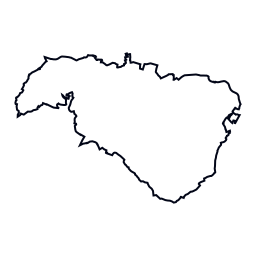 Panet, Mures, Romania, rotated 270°
{"feature_id": "2599482B21044772325491", "entity_name": "Panet", "entity_type": "district", "adm_level": 2, "iso_a3": "ROU", "parent_name": "Romania", "parent_adm1": "Mures", "projection": "mercator", "projection_center": [24.446, 46.561], "detail": "fine", "context": "isolated", "style": "outline", "palette": "ink", "viewbox_px": 256, "rotation_deg": 270, "n_neighbors": 0, "source": "geoboundaries", "source_scale": "gbopen_adm2", "svg_char_len": 5864}
<svg xmlns="http://www.w3.org/2000/svg" viewBox="0 0 256 256"><g transform="rotate(270 128 128)"><path d="M151.8,240.6L153.1,240.0L157.0,238.8L159.5,238.6L160.5,238.3L161.6,237.7L162.6,236.6L164.6,232.5L166.2,230.8L168.5,229.7L171.6,228.7L172.8,227.9L174.5,225.6L174.8,224.7L174.9,223.8L174.4,221.0L174.0,219.5L173.8,218.2L173.8,217.0L174.2,215.4L173.5,215.0L173.6,214.2L174.2,213.8L174.3,213.4L174.1,212.8L174.4,211.8L174.9,210.5L175.7,209.5L177.0,208.8L178.0,208.5L179.3,208.6L179.8,208.1L180.4,206.7L180.5,200.4L180.9,199.1L181.5,196.0L180.7,184.7L180.2,183.6L178.9,181.5L176.3,178.6L177.9,176.6L176.3,174.1L176.5,174.0L176.5,173.6L177.8,173.8L180.9,173.7L180.9,173.0L181.9,172.7L181.7,168.6L181.1,168.1L180.1,166.3L177.6,160.8L179.3,159.9L180.5,158.4L182.4,157.1L183.5,156.1L184.1,155.8L187.4,156.4L190.7,157.4L192.6,150.8L192.6,150.1L191.8,146.9L191.9,144.5L186.5,142.8L187.4,140.0L190.7,140.1L191.7,140.4L193.9,133.2L193.4,131.6L193.3,130.6L195.6,130.3L195.7,130.0L198.8,130.3L201.9,130.1L201.9,129.5L201.2,127.5L202.6,126.9L202.2,125.7L201.3,126.1L200.9,125.9L200.3,126.3L200.2,126.6L199.6,126.8L199.8,127.7L199.3,127.9L198.7,125.1L196.9,125.5L196.4,126.3L196.2,126.3L195.6,124.9L195.3,125.0L194.1,125.8L193.1,125.9L192.6,124.9L192.1,124.9L191.9,124.0L190.6,124.0L190.0,122.1L189.1,120.8L188.8,118.8L188.5,117.9L188.6,117.2L188.8,117.1L191.4,117.5L191.9,116.1L192.8,115.0L192.9,114.4L193.2,112.6L191.5,109.3L190.7,107.1L190.8,106.4L192.4,104.5L193.0,103.5L193.7,102.7L193.7,100.9L194.5,101.0L195.7,102.1L196.2,101.9L196.4,101.2L196.3,99.5L196.5,98.9L196.5,96.6L196.0,96.8L196.0,96.6L198.2,94.9L199.1,96.0L199.9,95.5L200.7,92.8L200.5,92.5L200.2,92.6L200.6,91.4L200.5,89.6L200.9,88.1L199.4,87.2L198.8,86.5L198.6,85.8L198.5,85.1L198.7,84.1L198.0,83.1L196.7,78.7L195.8,77.1L195.6,76.4L198.4,70.9L198.4,70.3L198.8,68.9L199.3,65.0L199.5,62.0L199.1,60.7L197.3,57.9L196.8,56.7L196.6,55.3L196.7,53.4L197.0,51.6L197.0,50.8L199.0,44.7L197.9,45.0L194.7,46.6L194.2,45.6L190.5,42.3L189.2,41.5L187.9,39.4L187.7,40.1L186.9,39.9L186.8,39.4L186.9,39.0L186.8,38.6L184.4,34.1L184.1,33.2L183.8,32.8L183.4,31.9L182.5,31.0L181.9,29.9L180.9,29.4L181.1,29.0L179.2,28.5L177.4,28.5L176.0,27.5L175.2,27.2L173.5,25.9L173.3,25.1L172.5,24.0L172.0,23.6L170.9,24.0L169.4,23.4L167.6,22.4L166.9,21.9L166.5,22.6L165.8,23.3L164.5,22.6L163.7,22.1L163.4,21.6L162.8,20.0L161.6,19.7L160.8,19.2L158.9,17.4L158.6,16.9L158.7,16.5L158.0,16.0L155.8,16.5L155.3,15.9L153.1,15.4L152.0,15.7L151.8,17.0L149.6,16.6L146.7,17.0L146.2,17.1L145.0,18.7L143.6,18.8L142.4,18.4L141.5,17.8L139.3,17.7L140.9,20.1L141.7,20.7L142.5,20.7L142.5,20.8L142.0,21.6L141.8,22.7L141.4,23.8L144.4,27.8L144.3,30.2L144.6,31.7L145.7,33.2L146.0,34.1L146.1,35.1L146.6,36.7L146.9,37.4L147.0,37.6L148.4,37.5L149.8,38.4L149.0,39.2L150.3,40.4L150.6,40.8L151.0,42.1L151.4,42.5L152.9,43.0L151.4,46.6L151.7,46.8L149.2,51.9L148.4,53.7L147.9,58.3L148.2,58.4L148.8,57.5L151.0,57.0L151.7,57.3L152.5,58.5L152.0,58.9L151.4,60.7L151.0,63.8L151.0,65.0L151.2,65.7L151.5,66.2L151.8,66.3L153.0,65.9L156.4,66.0L156.8,65.8L158.7,63.4L160.2,62.5L161.0,62.3L160.4,63.1L160.1,63.1L159.5,63.6L159.0,64.3L158.3,66.4L157.2,68.1L157.2,68.5L158.1,68.8L158.4,68.7L159.4,68.9L159.7,69.1L159.9,69.4L160.1,68.9L160.3,67.8L160.6,68.0L161.0,66.5L161.6,66.7L161.5,67.4L162.7,69.3L163.3,70.6L163.8,72.0L162.5,72.6L160.9,72.4L159.0,72.5L158.3,73.4L157.5,72.9L155.7,71.5L154.8,71.1L151.3,70.2L148.3,68.8L147.5,68.8L146.3,69.1L145.2,69.8L144.3,71.0L144.2,71.4L144.3,72.2L144.8,73.8L142.2,74.4L141.2,75.6L139.9,76.4L137.7,74.8L137.3,74.7L136.0,74.6L134.3,74.8L132.7,74.4L132.3,76.0L131.7,76.2L131.3,76.1L131.0,75.5L130.0,74.8L126.5,75.3L124.7,75.8L123.9,76.6L121.2,80.4L121.5,80.6L119.3,84.4L115.9,82.4L110.7,79.9L112.3,83.1L112.6,84.9L113.1,86.8L112.8,86.9L113.0,87.7L114.4,89.8L114.7,92.4L113.8,95.3L113.0,96.6L111.8,97.4L111.7,97.2L109.6,98.4L106.6,99.6L108.2,102.3L106.6,104.3L105.7,106.4L103.6,106.0L103.4,106.8L102.8,106.5L100.8,112.2L102.3,113.1L103.1,113.9L103.4,114.8L103.1,116.2L101.4,118.3L100.0,120.4L96.8,123.9L96.2,124.4L95.1,123.8L93.8,123.7L91.8,124.9L91.3,125.3L91.1,125.8L89.2,127.2L88.9,127.7L88.7,128.6L88.3,128.7L87.7,128.6L87.3,128.8L85.2,130.7L84.5,131.6L82.9,134.5L82.4,135.0L81.4,135.1L80.1,136.7L79.5,137.0L77.6,138.7L76.4,139.1L74.5,141.1L74.7,142.0L74.6,143.3L73.7,144.7L73.2,147.5L72.0,147.9L69.6,149.1L69.1,149.5L67.3,151.7L65.1,153.0L60.5,153.5L60.9,156.2L57.2,160.2L57.4,161.7L55.9,165.4L55.5,167.6L55.3,170.0L54.6,171.9L53.4,173.8L53.9,175.9L55.1,176.8L55.7,178.1L56.4,178.9L58.2,180.4L59.1,180.8L59.1,181.2L58.6,181.9L58.2,183.5L58.9,183.5L59.0,183.7L58.7,183.9L59.6,184.3L61.1,185.6L62.0,187.8L64.2,190.5L64.4,191.2L64.3,191.8L64.9,193.3L66.5,196.4L70.5,200.0L72.1,198.8L72.7,199.0L73.8,200.6L75.3,204.4L77.5,204.1L78.1,205.6L79.1,207.2L80.0,210.3L80.0,211.2L80.3,211.8L81.9,213.6L82.7,214.0L83.5,215.2L84.2,215.2L87.4,214.7L89.9,215.0L95.6,215.2L98.2,215.9L100.5,216.2L104.5,217.5L105.3,217.4L106.9,218.2L108.5,218.8L111.1,221.0L112.1,221.1L113.2,220.8L113.5,221.5L113.7,222.8L114.1,224.0L114.6,224.8L115.7,225.9L116.5,226.3L117.0,226.3L117.4,225.9L117.8,225.7L118.4,225.8L119.3,226.6L120.2,226.9L120.3,227.5L120.5,227.6L121.1,228.5L122.6,228.7L122.8,229.0L123.0,229.7L123.6,229.6L124.1,230.1L125.3,229.9L124.3,227.5L124.0,226.4L126.5,225.8L126.6,225.5L129.0,225.0L132.4,222.9L133.1,223.1L132.9,223.6L134.1,223.7L135.5,224.5L137.3,225.6L138.5,226.7L138.5,227.0L138.1,227.4L140.9,229.0L142.3,231.7L141.7,231.9L140.8,231.1L140.7,230.7L140.3,230.4L136.7,228.7L134.0,231.1L133.0,232.3L135.5,233.4L135.1,235.3L133.0,234.8L132.9,235.2L140.9,239.6L141.0,238.7L141.6,237.4L141.6,236.6L141.4,235.8L141.7,235.6L142.3,234.4L142.9,233.6L144.7,232.6L146.7,234.1L146.8,234.5L147.5,234.6L148.2,235.2L147.3,236.6L146.8,237.7L146.8,238.5L146.7,238.8L147.8,239.3L148.6,239.3L151.1,240.1L151.8,240.6Z" fill="none" stroke="#020617" stroke-width="2"/></g></svg>